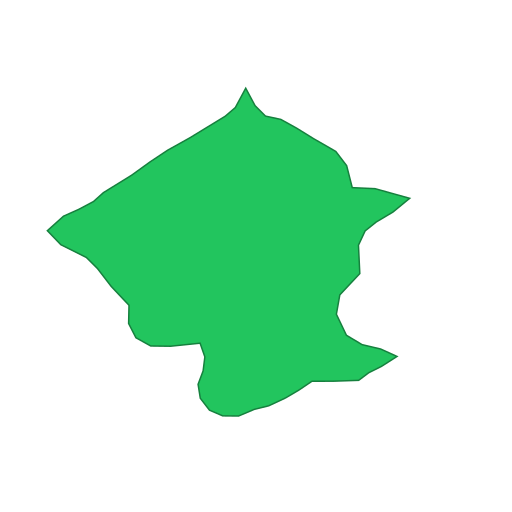 Nova Guataporanga, São Paulo, Brazil, rotated 132°
{"feature_id": "56859067B54757291963990", "entity_name": "Nova Guataporanga", "entity_type": "district", "adm_level": 2, "iso_a3": "BRA", "parent_name": "Brazil", "parent_adm1": "São Paulo", "projection": "orthographic", "projection_center": [-51.644, -21.32], "detail": "fine", "context": "isolated", "style": "filled", "palette": "green", "viewbox_px": 512, "rotation_deg": 132, "n_neighbors": 0, "source": "geoboundaries", "source_scale": "gbopen_adm2", "svg_char_len": 886}
<svg xmlns="http://www.w3.org/2000/svg" viewBox="0 0 512 512"><g transform="rotate(132 256 256)"><path d="M236.3,84.0L241.7,101.1L250.9,117.9L254.4,135.8L245.5,157.3L228.8,167.7L199.6,167.1L179.4,187.1L164.3,191.7L150.3,189.4L131.6,183.6L110.3,180.4L126.3,212.6L140.8,230.2L128.2,249.1L124.9,266.7L130.3,291.9L133.8,311.3L137.9,329.0L145.7,342.6L144.9,357.3L138.2,375.9L159.5,370.7L172.7,372.4L212.6,384.3L236.3,392.4L256.5,397.6L279.2,402.5L311.0,411.8L324.2,413.2L340.1,419.0L355.2,425.7L376.8,428.0L378.2,408.6L370.6,381.1L371.4,365.4L375.5,343.2L377.6,317.4L391.4,305.5L397.1,290.5L393.3,274.0L380.3,259.2L358.2,239.2L365.2,226.5L376.8,218.4L390.1,213.2L399.0,202.2L401.7,187.4L397.1,173.8L386.6,161.9L371.2,154.7L358.8,146.3L341.5,139.0L326.9,134.4L311.6,130.6L297.8,115.3L279.7,96.5L267.3,94.1L254.1,88.9L236.3,84.0Z" fill="#22c55e" stroke="#15803d" stroke-width="1.5"/></g></svg>